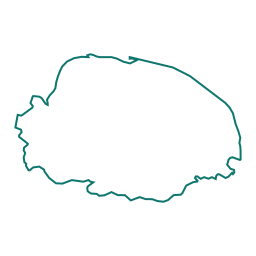 map outline of Norfolk (orthographic projection)
{"feature_id": "GBR-2319", "entity_name": "Norfolk", "entity_type": "Administrative County", "adm_level": 1, "iso_a3": "GBR", "parent_name": "United Kingdom", "parent_adm1": "", "projection": "orthographic", "projection_center": [0.894, 52.67], "detail": "fine", "context": "isolated", "style": "outline", "palette": "teal", "viewbox_px": 256, "rotation_deg": 0, "n_neighbors": 0, "source": "natural_earth", "source_scale": "10m", "svg_char_len": 1585}
<svg xmlns="http://www.w3.org/2000/svg" viewBox="0 0 256 256"><path d="M32.8,96.3L33.8,96.1L39.4,96.7L41.7,98.1L45.6,103.8L47.7,104.9L47.7,103.3L47.0,99.7L49.8,95.3L53.6,91.2L55.4,88.1L56.2,82.4L58.0,76.2L60.3,70.5L62.2,66.5L67.1,61.5L74.0,58.2L81.5,56.8L88.4,57.1L87.3,55.3L90.2,54.3L93.3,55.0L96.4,56.4L99.4,57.1L111.4,57.1L116.9,58.6L123.3,61.7L130.0,63.4L136.4,60.4L134.9,59.4L133.2,58.7L131.5,58.5L129.7,58.7L129.7,57.1L173.0,67.5L190.1,76.2L225.3,102.9L229.5,107.5L232.9,113.2L235.7,124.2L238.3,131.0L240.3,137.8L239.4,142.8L240.3,146.4L240.6,151.0L240.6,159.4L240.3,159.8L239.8,159.9L232.5,157.3L230.2,157.9L228.6,159.7L227.2,164.6L230.5,168.8L234.0,169.9L234.3,172.4L233.0,174.1L232.1,172.8L228.4,176.7L225.6,178.0L219.5,174.4L217.6,174.3L216.1,176.2L215.7,179.0L211.9,177.2L208.4,178.7L204.2,177.2L200.6,178.8L197.4,176.4L195.7,176.5L195.0,178.1L197.6,180.8L197.2,181.5L193.1,182.2L186.2,185.6L182.4,193.1L180.7,194.7L173.7,195.1L168.0,200.1L163.5,201.7L157.6,201.1L152.3,199.2L145.6,199.1L139.6,197.1L130.8,200.4L124.9,195.2L117.7,195.1L111.5,192.1L104.4,195.3L99.2,195.8L96.7,193.9L91.0,193.5L87.7,191.3L87.2,188.0L87.8,186.4L93.3,182.3L90.3,181.6L88.6,180.1L83.2,181.7L71.8,180.1L62.4,183.6L56.0,183.3L49.1,177.9L44.4,171.3L44.1,169.7L39.3,166.6L33.2,167.4L29.8,170.3L28.5,170.2L25.9,165.7L26.2,163.8L24.4,162.2L23.7,157.2L25.2,153.1L23.7,150.4L24.1,147.6L27.6,144.7L27.8,143.7L19.2,136.9L19.1,135.3L21.6,132.2L21.0,129.7L15.4,127.5L17.7,114.9L21.5,115.6L32.4,107.6L32.8,106.2L30.5,103.0L32.5,97.3L32.8,96.3L32.8,96.3Z" fill="none" stroke="#0f766e" stroke-width="2"/></svg>